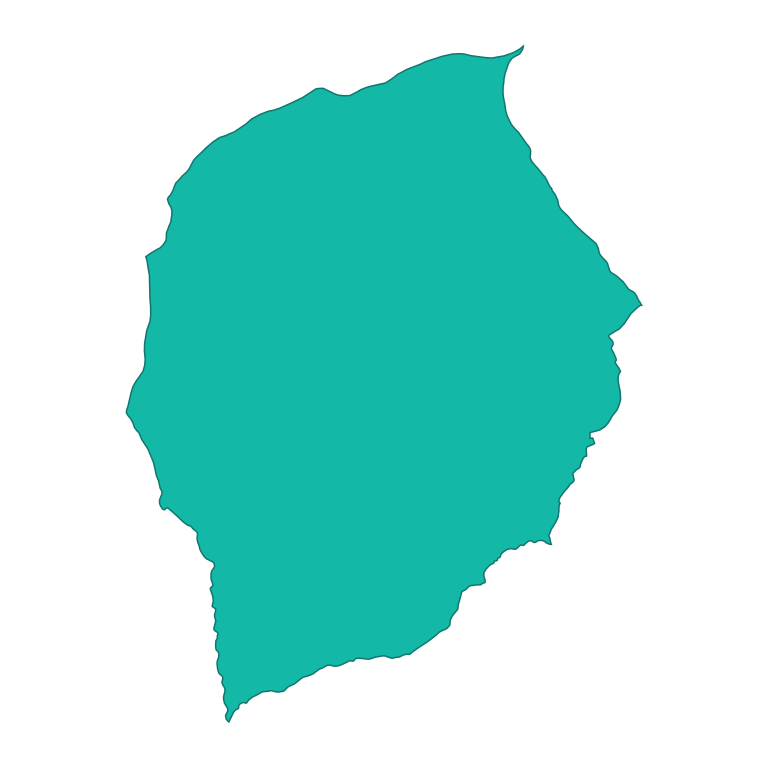 the district of La Capilla, Boyacá, Colombia
{"feature_id": "7082276B90092604037174", "entity_name": "La Capilla", "entity_type": "district", "adm_level": 2, "iso_a3": "COL", "parent_name": "Colombia", "parent_adm1": "Boyacá", "projection": "albers", "projection_center": [-73.451, 5.111], "detail": "fine", "context": "isolated", "style": "filled", "palette": "teal", "viewbox_px": 768, "rotation_deg": 0, "n_neighbors": 0, "source": "geoboundaries", "source_scale": "gbopen_adm2", "svg_char_len": 6088}
<svg xmlns="http://www.w3.org/2000/svg" viewBox="0 0 768 768"><path d="M228.9,721.9L233.6,712.2L235.1,710.4L236.2,709.5L237.5,709.0L238.7,707.9L238.7,705.9L239.1,704.9L240.4,703.7L242.1,702.8L243.5,702.6L244.7,702.7L245.8,703.2L246.6,702.9L248.7,700.0L252.3,697.2L258.7,693.9L262.0,692.0L264.1,691.6L268.7,691.2L270.3,690.7L271.7,690.7L275.1,691.7L278.0,692.1L283.4,691.3L284.7,690.4L287.5,687.3L288.7,686.5L294.5,683.9L301.5,678.2L303.5,677.1L308.5,675.8L313.1,673.8L319.2,669.2L322.4,668.0L326.0,666.0L328.1,665.1L331.2,665.3L332.6,665.9L334.8,666.2L337.9,665.9L340.2,665.2L342.6,664.2L347.5,661.9L348.6,661.1L349.9,660.8L352.9,661.1L353.7,660.9L355.1,659.1L355.9,658.5L356.7,658.4L358.3,658.2L361.2,658.4L368.5,659.2L370.1,658.9L375.6,657.1L382.7,655.9L385.0,655.9L387.7,657.0L391.2,658.1L393.6,658.1L395.3,657.4L399.1,657.1L403.0,655.2L404.4,654.7L407.3,654.2L408.6,654.4L409.6,654.3L414.3,650.6L419.3,647.1L427.0,642.1L430.0,639.9L436.6,634.7L439.1,632.3L442.3,630.5L445.9,629.1L447.1,628.2L449.2,626.0L449.9,624.7L450.2,620.6L450.8,618.7L452.0,616.5L453.8,614.0L455.7,611.8L457.7,609.2L458.0,608.0L458.2,604.9L460.7,596.2L461.4,592.9L461.9,591.9L462.9,591.0L463.9,590.6L466.1,589.3L468.8,586.5L469.7,585.8L471.7,585.5L473.4,585.4L476.5,584.8L479.1,584.9L480.3,584.8L481.8,584.1L482.3,583.4L485.0,582.6L485.2,580.4L483.9,576.2L483.9,572.9L484.3,572.0L486.3,568.8L489.2,565.7L491.7,564.0L493.5,563.4L493.9,562.7L494.4,561.3L494.8,560.9L496.4,560.8L497.3,560.3L497.8,558.0L499.7,557.5L500.3,556.5L501.0,554.2L503.4,551.8L507.0,549.5L510.1,548.7L511.3,548.6L513.8,549.2L515.6,549.2L516.5,548.8L520.1,545.3L521.1,544.9L523.2,545.5L523.9,545.2L526.6,542.6L528.9,540.9L529.9,540.7L531.6,541.0L533.6,542.3L534.5,542.5L535.5,542.3L538.2,540.6L541.1,540.4L542.4,540.5L543.5,540.9L545.0,541.7L545.7,542.5L547.3,543.3L549.8,544.3L551.3,544.4L550.8,543.0L549.7,537.6L548.7,535.8L550.5,531.5L551.1,529.5L552.9,526.9L555.6,522.3L558.3,516.6L558.3,515.2L558.9,511.1L559.0,506.7L559.2,505.4L560.1,503.3L559.8,503.3L558.8,500.8L559.8,497.7L563.7,492.3L568.8,486.4L569.9,484.4L572.0,483.0L573.8,481.0L574.1,479.9L573.0,474.6L572.9,473.9L573.1,473.1L576.2,469.9L579.4,467.9L579.9,467.3L580.3,466.2L580.7,463.9L582.2,460.1L584.1,457.1L584.9,456.4L586.3,456.3L586.6,456.0L586.2,449.9L586.3,448.6L586.6,447.8L587.0,447.1L587.8,446.5L592.6,444.6L594.6,443.5L592.9,438.5L592.6,438.1L589.9,438.1L590.1,432.6L598.7,430.3L600.2,429.7L605.0,426.6L608.1,423.0L610.1,419.9L612.0,416.3L616.7,410.4L618.0,407.8L619.4,404.0L620.6,399.6L620.3,392.9L619.8,389.5L618.6,384.0L618.1,378.8L618.1,377.3L618.6,375.0L619.2,373.4L620.5,371.4L618.5,367.6L615.0,362.5L615.0,362.0L616.1,360.7L616.2,359.8L616.0,358.4L613.6,352.9L611.5,349.3L611.4,348.5L611.5,347.6L611.9,346.5L613.1,344.6L613.0,342.2L612.2,340.8L609.4,337.6L608.8,336.7L608.6,336.1L608.8,335.5L609.6,334.8L616.1,330.7L618.8,329.3L619.8,328.5L624.5,323.3L631.0,313.5L637.7,307.2L640.8,305.1L641.6,305.2L640.0,302.3L638.3,299.9L636.7,296.1L634.7,293.1L633.3,291.9L629.8,290.0L628.3,288.9L623.2,281.8L615.9,275.4L611.2,272.6L610.3,271.6L609.8,270.7L608.4,266.6L607.4,263.1L605.8,261.0L602.3,257.4L600.3,255.0L599.3,253.1L598.3,248.4L596.7,244.9L595.8,243.4L583.7,232.9L577.1,226.7L574.2,223.7L567.7,215.9L561.6,210.1L560.1,208.1L558.7,205.4L557.7,200.1L555.0,194.3L552.2,190.6L551.7,188.7L551.0,187.7L550.0,186.9L546.3,179.3L544.6,176.5L542.8,174.7L537.7,168.2L535.1,165.5L531.7,161.3L530.3,158.1L530.1,156.8L530.5,154.1L530.6,150.1L529.3,147.2L525.9,142.8L518.6,132.5L515.1,129.0L511.3,124.4L507.5,116.7L505.7,110.9L504.9,104.7L503.2,96.0L503.0,92.1L503.1,86.9L503.7,83.1L504.0,79.0L505.1,73.5L508.0,64.8L509.1,62.3L511.7,58.6L513.5,57.2L518.2,54.8L519.8,53.6L522.3,50.0L523.1,47.8L523.3,46.1L520.0,48.9L513.3,52.7L504.0,55.9L491.4,58.1L483.7,57.4L470.6,55.6L464.1,54.0L459.2,53.7L452.1,54.1L442.2,56.3L425.5,61.7L420.2,64.3L407.3,69.2L397.9,74.2L390.9,79.5L385.4,83.0L372.0,85.9L366.6,87.4L361.0,89.6L356.5,92.2L349.8,95.6L344.1,95.8L338.3,95.2L334.5,93.8L323.4,88.4L320.7,88.3L316.6,88.7L315.1,89.4L302.6,97.6L290.0,103.6L279.2,108.4L273.3,110.3L268.9,111.1L260.9,114.0L251.9,118.8L245.8,124.1L234.3,131.9L228.6,134.2L226.0,135.5L219.7,137.5L213.4,141.6L206.1,147.8L203.0,151.0L196.6,157.0L193.7,160.2L190.7,165.8L189.5,168.3L186.7,172.0L182.1,176.1L178.3,180.6L175.9,182.9L174.4,186.3L173.1,190.2L170.5,194.9L168.3,197.3L167.5,199.3L169.0,204.1L170.2,205.7L171.1,207.8L171.9,210.7L171.9,214.3L170.7,222.3L169.2,225.5L166.4,233.2L166.3,238.8L165.8,240.8L163.1,244.9L160.1,247.9L156.6,249.7L150.9,253.1L145.8,256.7L146.9,260.1L148.9,272.7L149.4,275.0L150.0,299.2L150.6,306.5L150.7,315.3L150.0,321.2L146.7,330.7L144.6,343.6L144.4,350.8L145.2,359.4L144.7,365.4L143.0,371.4L135.7,381.8L132.9,386.8L131.1,392.7L127.9,406.6L126.6,410.1L126.4,412.8L127.8,415.3L130.9,419.1L132.9,422.9L134.6,427.7L137.2,431.1L138.9,432.7L141.8,439.6L147.9,448.9L153.3,461.9L155.2,469.7L156.2,474.9L158.5,480.7L160.2,488.3L161.7,490.9L162.1,493.4L159.6,499.8L159.5,502.6L160.2,505.3L162.2,508.6L163.2,509.4L164.5,509.8L166.8,507.8L168.0,508.0L176.2,515.2L183.1,521.8L187.5,525.1L191.1,526.3L192.9,528.8L195.6,530.8L197.3,532.6L197.5,534.8L197.0,537.8L197.3,540.3L197.8,542.5L198.9,545.3L200.1,549.9L202.2,553.6L204.3,556.7L206.3,558.7L212.6,561.8L214.1,563.3L214.6,566.2L213.7,568.2L212.0,570.5L211.1,573.2L211.0,576.5L211.1,578.9L211.8,581.6L212.6,583.3L212.9,585.0L212.4,586.1L210.3,588.3L210.5,589.9L211.6,592.7L212.7,596.3L213.2,599.7L213.2,601.8L212.4,604.8L212.2,606.4L213.4,607.4L215.0,608.4L215.7,609.5L215.5,611.8L214.6,614.6L214.5,616.1L215.8,621.0L213.8,628.3L214.1,629.8L215.6,631.3L217.2,632.2L218.1,633.4L217.4,635.4L217.1,638.9L215.9,640.6L215.6,645.6L215.8,648.1L216.3,650.1L217.7,651.3L218.7,652.9L218.9,655.2L218.4,658.1L217.3,660.8L217.0,663.6L217.5,668.2L218.4,672.0L219.5,674.0L221.8,675.8L222.7,677.1L222.8,678.8L221.9,682.4L222.9,685.0L224.3,687.3L225.0,689.2L224.9,691.5L223.6,696.4L223.5,698.6L224.5,703.2L227.3,707.9L227.9,709.7L227.5,711.6L225.7,715.0L225.6,716.3L226.3,719.2L228.1,721.4L228.9,721.9Z" fill="#14b8a6" stroke="#0f766e" stroke-width="1.5"/></svg>